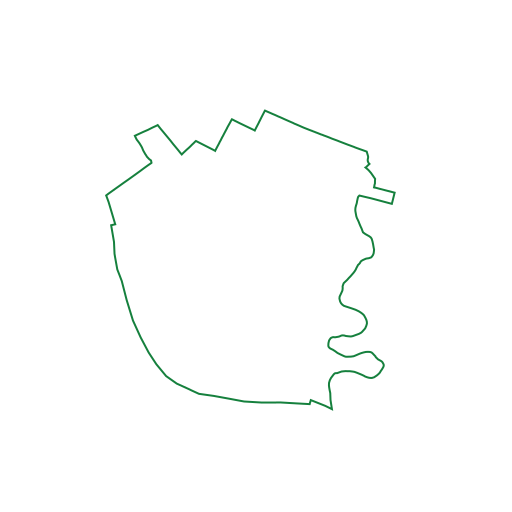 the district of Islaz, Romania, rotated 37°
{"feature_id": "2599482B76423000679583", "entity_name": "Islaz", "entity_type": "district", "adm_level": 2, "iso_a3": "ROU", "parent_name": "Romania", "parent_adm1": "", "projection": "albers", "projection_center": [24.743, 43.739], "detail": "fine", "context": "isolated", "style": "outline", "palette": "green", "viewbox_px": 512, "rotation_deg": 37, "n_neighbors": 0, "source": "geoboundaries", "source_scale": "gbopen_adm2", "svg_char_len": 5693}
<svg xmlns="http://www.w3.org/2000/svg" viewBox="0 0 512 512"><g transform="rotate(37 256 256)"><path d="M328.6,122.0L315.1,127.6L309.9,129.7L309.5,130.0L309.0,130.2L308.6,129.3L307.8,127.8L307.3,126.4L306.9,125.9L305.6,124.1L304.7,122.7L302.2,121.9L299.2,120.9L297.6,120.4L296.5,120.2L295.2,119.9L294.0,119.7L293.3,119.6L291.4,119.5L290.2,119.4L290.5,118.7L290.7,117.0L291.2,114.2L290.4,114.1L289.6,113.8L288.7,113.3L288.0,112.8L287.6,112.3L287.3,111.9L286.9,111.2L286.6,110.5L286.3,109.9L285.9,109.4L285.6,109.0L285.2,108.7L281.6,106.0L278.3,107.0L276.4,107.6L275.5,107.9L275.4,107.9L275.1,108.0L274.9,108.1L274.2,108.3L273.7,108.5L273.4,108.5L272.9,108.7L272.3,108.9L269.6,109.7L268.7,109.9L266.1,110.7L264.7,111.1L262.8,111.7L254.1,114.2L251.5,114.9L245.9,116.6L243.5,117.2L240.3,118.1L238.0,118.8L237.4,119.0L237.2,119.0L236.6,119.2L235.8,119.4L234.8,119.8L234.7,119.8L232.9,120.3L231.7,120.6L231.4,120.7L229.6,121.2L229.4,121.3L228.1,121.6L227.2,121.9L225.4,122.4L225.2,122.4L225.1,122.5L223.3,123.0L222.3,123.3L221.9,123.4L221.5,123.5L220.1,123.9L217.2,124.7L215.6,125.1L211.3,126.1L210.6,126.3L210.4,126.3L209.9,126.5L209.6,126.5L207.0,127.2L205.2,127.5L204.1,127.8L200.7,128.6L196.0,129.7L194.1,130.1L191.1,130.8L190.1,131.1L187.3,131.7L186.0,132.0L183.3,132.7L183.2,132.7L181.5,133.1L179.4,133.6L176.9,134.2L175.8,134.4L175.6,134.5L176.0,136.6L176.8,141.4L177.6,145.7L177.8,147.0L178.0,147.8L178.2,149.0L178.7,152.0L179.0,153.8L179.4,156.0L179.5,156.5L179.4,156.5L177.7,156.8L173.3,157.7L162.8,159.8L158.9,160.5L158.6,160.6L156.1,161.0L155.7,161.1L155.4,161.1L154.9,161.3L154.5,161.3L154.5,161.6L154.8,163.8L155.2,166.3L155.2,166.6L155.3,167.4L155.5,168.4L155.5,168.5L155.5,168.9L155.9,171.4L156.0,171.5L156.4,174.4L156.5,174.6L156.5,174.8L156.6,175.5L157.0,178.0L157.4,180.2L157.5,181.3L157.6,181.9L157.7,182.0L157.7,182.6L158.1,184.4L158.4,186.6L158.5,187.4L158.6,187.6L158.7,188.1L158.8,188.7L159.3,192.0L159.9,195.6L160.1,196.6L159.7,196.6L159.0,196.8L158.6,196.8L138.8,200.3L138.6,201.1L138.3,203.4L137.9,205.6L137.6,208.0L137.2,210.3L136.7,212.7L136.3,215.0L135.9,217.3L135.6,219.6L133.7,219.2L129.8,218.2L126.0,217.3L122.2,216.4L118.5,215.4L114.7,214.5L110.9,213.6L107.1,212.7L103.2,211.8L98.7,210.6L98.2,211.7L95.9,216.0L93.8,220.3L91.3,224.7L86.9,232.9L88.0,233.5L89.4,234.2L90.2,234.6L90.9,234.9L92.8,235.4L94.8,236.0L95.9,236.4L98.4,237.4L99.7,238.0L102.4,239.6L104.0,240.3L105.4,240.9L106.3,241.3L107.3,241.6L109.3,242.4L109.5,242.4L110.6,242.6L112.4,242.9L113.6,242.9L114.7,242.9L116.4,244.4L116.5,244.6L115.3,248.1L113.8,252.9L112.4,257.7L110.9,262.6L109.4,267.4L107.9,272.2L106.3,277.1L104.8,281.9L103.3,286.6L100.8,294.6L99.9,297.8L105.8,301.6L124.5,315.4L121.8,318.6L134.1,330.2L141.7,339.4L144.0,341.6L153.3,350.2L158.5,353.4L163.9,356.8L179.2,369.0L196.6,381.6L213.0,390.5L228.4,397.7L241.5,402.4L256.5,406.0L269.5,405.6L283.0,402.6L285.2,402.2L293.4,400.4L306.4,393.2L320.3,386.2L334.0,379.4L348.3,369.9L364.2,357.9L377.7,348.9L388.0,342.0L387.8,341.6L386.5,338.1L401.5,334.0L408.8,332.6L402.2,326.2L397.8,320.8L395.2,318.5L393.4,316.8L392.1,315.4L390.7,313.4L389.7,310.7L389.3,308.2L389.3,305.1L389.3,303.9L389.4,303.0L389.6,302.3L389.9,301.9L390.5,301.3L391.3,300.7L392.2,299.3L393.3,297.6L393.9,296.7L396.4,294.4L398.4,292.9L400.5,291.4L402.6,290.2L404.3,289.3L406.9,288.5L411.9,287.2L414.3,286.7L415.6,286.6L417.9,285.9L419.6,285.2L420.6,284.6L421.9,283.7L422.7,282.6L423.3,281.8L423.9,280.1L424.4,278.7L424.9,276.4L425.1,274.6L424.9,273.1L424.8,270.6L424.6,268.8L424.4,267.6L424.2,267.2L423.8,266.4L423.2,265.8L422.2,265.3L420.8,264.7L420.1,264.6L419.1,264.6L417.0,264.9L415.6,265.1L414.8,265.0L413.6,264.8L413.0,264.8L412.5,264.7L411.9,264.3L407.8,263.6L406.5,263.5L405.3,263.8L404.2,264.4L402.9,265.3L401.5,266.5L400.1,268.1L398.8,269.8L397.6,271.6L395.5,275.3L394.3,277.3L392.4,279.2L389.8,281.3L388.3,282.4L387.0,282.9L382.7,283.8L379.4,284.4L376.7,284.4L373.8,284.6L371.4,285.1L370.4,285.2L369.3,285.0L368.6,284.8L367.9,284.3L367.3,283.5L366.3,282.0L365.3,279.7L365.1,278.5L365.1,277.6L365.1,276.6L365.4,275.9L365.9,275.0L366.5,274.3L367.5,273.7L368.3,273.1L370.2,271.1L371.0,270.1L372.1,268.1L373.0,267.2L374.3,266.4L375.9,265.8L377.3,265.0L379.6,263.6L380.6,262.8L381.6,261.6L385.1,256.2L386.1,254.0L386.4,252.6L386.5,251.1L386.7,249.0L386.7,247.9L386.1,245.4L385.3,243.3L384.2,241.9L382.7,240.7L380.9,239.7L378.0,238.4L376.9,238.2L375.6,238.1L373.9,238.1L371.4,238.3L367.9,239.0L363.5,240.4L357.7,242.4L356.1,242.9L354.9,242.9L354.0,242.9L353.2,242.7L352.5,242.6L351.4,242.1L350.6,241.7L349.7,241.0L348.5,240.0L348.1,239.6L347.8,239.0L347.4,238.5L347.1,237.6L346.6,235.2L346.1,232.9L345.9,232.0L345.6,231.2L344.7,229.7L344.0,228.8L343.5,228.2L343.3,227.8L342.6,225.7L342.4,224.8L342.9,221.9L343.2,220.2L343.3,218.7L343.4,217.4L343.6,216.1L343.7,215.1L343.8,213.6L344.0,210.7L344.0,208.9L343.9,207.7L343.8,206.7L343.4,205.0L343.1,203.0L342.9,202.0L342.9,201.6L343.1,200.7L343.2,199.8L343.2,198.7L343.0,197.7L343.0,197.1L343.3,196.1L343.7,195.1L344.4,193.8L345.4,192.0L346.1,191.2L347.4,189.9L348.2,188.7L348.7,188.0L348.8,187.6L348.9,187.0L348.9,186.1L348.8,184.6L348.3,183.0L347.4,181.4L346.5,179.9L344.7,178.3L342.6,176.3L340.3,174.3L338.8,173.2L338.1,172.7L337.4,172.4L336.8,172.2L336.4,172.1L335.6,172.1L334.4,172.1L330.7,172.6L329.3,172.7L327.2,172.7L325.6,171.7L323.9,170.6L321.8,169.5L319.2,168.0L317.6,167.0L316.0,166.1L313.8,165.0L312.2,163.9L309.8,161.7L308.2,160.2L307.2,158.9L306.4,157.6L305.5,155.5L305.0,154.0L304.5,152.8L303.7,151.3L302.6,148.9L302.1,147.7L302.1,147.3L302.0,147.0L302.1,146.2L302.2,145.5L309.5,142.3L312.4,141.0L315.8,139.6L333.1,132.6L331.6,129.0L328.6,122.0Z" fill="none" stroke="#15803d" stroke-width="2"/></g></svg>